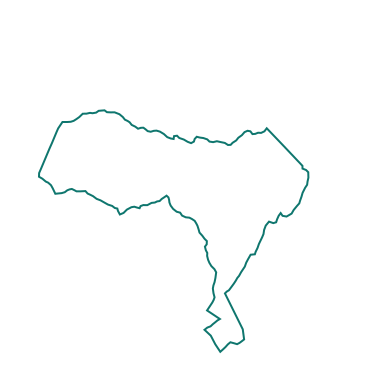 Senador Sá, Ceará, Brazil (Mercator projection), rotated 315°
{"feature_id": "56859067B49551412752455", "entity_name": "Senador Sá", "entity_type": "district", "adm_level": 2, "iso_a3": "BRA", "parent_name": "Brazil", "parent_adm1": "Ceará", "projection": "mercator", "projection_center": [-40.474, -3.28], "detail": "fine", "context": "isolated", "style": "outline", "palette": "teal", "viewbox_px": 384, "rotation_deg": 315, "n_neighbors": 0, "source": "geoboundaries", "source_scale": "gbopen_adm2", "svg_char_len": 2829}
<svg xmlns="http://www.w3.org/2000/svg" viewBox="0 0 384 384"><g transform="rotate(315 192 192)"><path d="M94.6,73.0L95.6,76.8L96.0,81.3L96.9,83.7L97.1,87.5L96.1,91.0L94.1,96.6L96.7,98.7L99.0,100.6L101.9,102.2L105.0,102.6L107.3,103.6L109.2,104.9L110.1,107.5L110.8,109.9L113.2,112.3L117.3,116.0L117.1,119.3L118.0,121.7L119.1,125.0L119.7,129.4L121.4,133.2L122.5,137.2L123.7,141.5L125.7,145.4L126.1,148.7L127.5,150.9L126.3,153.0L125.1,156.9L128.8,158.4L133.5,158.4L138.4,159.9L140.8,161.6L142.1,164.1L143.5,166.4L145.7,165.6L148.3,166.8L151.1,169.7L155.7,171.1L158.3,173.2L160.7,174.0L162.7,175.5L165.6,175.5L168.1,176.0L171.4,176.6L171.5,179.2L170.3,181.3L168.6,183.5L167.3,186.5L166.7,190.6L167.2,195.1L169.0,198.2L168.3,201.7L169.7,205.5L172.0,208.3L172.9,211.2L173.5,214.3L172.8,217.2L172.0,219.7L170.3,223.0L168.6,226.0L168.4,230.1L167.8,233.9L167.8,237.2L165.4,239.4L162.5,239.8L160.6,243.0L159.7,245.9L157.5,247.9L155.5,251.2L154.2,254.4L153.3,258.1L153.3,262.4L152.3,265.9L147.7,269.4L144.2,271.7L141.1,273.2L138.5,275.0L135.6,278.8L133.5,282.4L131.1,283.6L128.3,284.5L118.9,286.4L121.9,301.5L119.1,300.8L115.9,300.5L113.3,300.2L110.1,300.1L107.0,298.7L103.4,298.3L103.7,306.9L100.8,316.1L99.0,325.0L102.5,325.2L106.0,325.3L109.7,325.1L112.9,325.4L114.9,328.9L116.3,331.5L118.9,332.3L121.5,332.7L124.6,333.1L130.8,325.0L143.6,287.0L146.2,287.0L148.6,287.6L152.8,287.0L156.7,286.4L160.1,285.7L163.4,284.8L165.9,284.6L170.1,283.4L176.6,282.1L180.4,280.3L184.3,279.1L189.1,277.8L192.4,280.5L194.7,279.3L198.8,277.9L202.5,276.1L205.6,275.0L209.6,273.6L212.8,272.3L216.2,269.8L220.4,267.9L225.5,267.4L227.5,271.5L230.1,272.9L232.8,271.5L236.5,270.1L239.8,269.6L239.2,272.9L241.5,276.2L244.4,277.0L247.2,277.7L251.2,276.6L256.4,276.1L259.8,275.9L262.4,274.5L266.0,272.8L269.6,270.8L275.0,269.0L278.5,268.3L281.1,266.3L284.4,264.2L288.2,260.2L288.2,257.1L286.7,253.6L288.6,251.6L289.4,222.6L289.9,199.8L286.1,200.3L282.7,199.1L280.6,196.8L277.8,195.6L275.7,193.8L276.2,190.4L274.6,188.0L271.5,186.8L267.5,187.1L263.1,186.4L259.7,186.8L255.5,185.9L252.7,186.0L250.7,184.2L249.9,180.5L247.4,176.7L245.5,173.7L242.2,171.7L240.0,168.7L240.0,165.6L238.2,161.9L236.0,159.0L234.4,156.3L231.4,156.4L229.0,157.7L225.9,156.8L224.4,153.4L223.3,149.1L221.2,144.8L221.2,141.6L218.8,139.8L216.5,141.5L214.8,139.1L213.3,135.7L213.1,131.1L212.0,126.6L210.3,123.5L208.2,121.7L205.4,120.2L203.7,117.6L203.5,114.9L203.1,112.2L201.3,110.5L198.6,109.1L198.1,105.7L196.8,101.9L197.2,98.6L196.7,96.2L195.7,93.4L196.1,90.1L195.7,85.7L193.6,80.9L190.9,78.3L188.3,75.4L187.9,72.4L185.9,70.7L183.4,68.6L180.4,68.1L177.4,66.0L175.8,63.9L172.8,62.0L170.1,59.4L165.2,59.3L161.7,58.7L158.6,58.0L155.9,56.6L153.3,54.3L149.9,50.9L142.3,52.4L138.7,53.8L127.5,58.4L122.0,60.5L101.4,68.9L97.3,70.5L94.6,73.0Z" fill="none" stroke="#0f766e" stroke-width="2"/></g></svg>